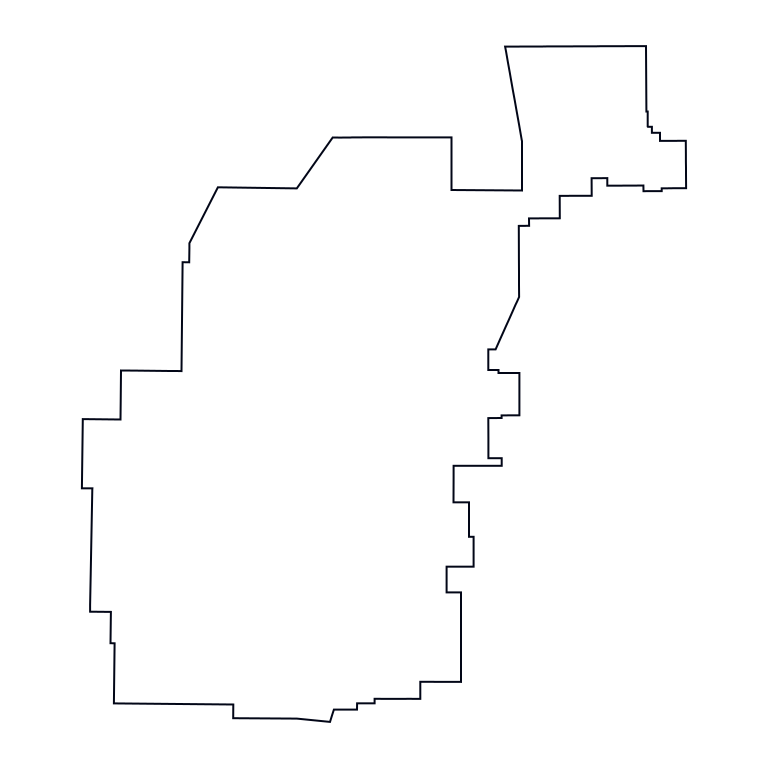 outline of Sandstone, Western Australia, Australia, rotated 180°
{"feature_id": "25037944B59235958721533", "entity_name": "Sandstone", "entity_type": "district", "adm_level": 2, "iso_a3": "AUS", "parent_name": "Australia", "parent_adm1": "Western Australia", "projection": "albers", "projection_center": [118.667, -28.422], "detail": "fine", "context": "isolated", "style": "outline", "palette": "ink", "viewbox_px": 768, "rotation_deg": 180, "n_neighbors": 0, "source": "geoboundaries", "source_scale": "gbopen_adm2", "svg_char_len": 2939}
<svg xmlns="http://www.w3.org/2000/svg" viewBox="0 0 768 768"><g transform="rotate(180 384 384)"><path d="M294.4,201.3L294.4,231.2L299.0,231.2L299.0,265.7L304.9,265.7L314.5,265.7L314.4,290.7L314.4,302.2L266.3,302.2L266.3,309.8L279.6,309.8L279.6,319.1L279.6,327.7L279.6,330.2L279.7,349.9L266.4,350.0L266.4,352.6L248.6,352.7L248.6,360.6L248.6,395.0L269.5,395.0L269.5,398.0L279.7,398.0L279.7,418.6L272.4,418.6L269.6,424.9L268.5,427.4L264.1,437.2L262.1,441.7L259.0,448.5L255.0,457.5L252.5,463.2L250.9,466.5L248.9,471.0L249.0,483.4L249.0,495.8L249.1,511.8L249.1,514.3L249.2,542.1L238.9,542.2L239.0,549.6L208.2,549.7L208.3,572.1L203.5,572.1L196.8,572.2L186.5,572.2L176.3,572.2L176.4,589.8L168.2,589.8L160.7,589.9L160.7,582.3L152.5,582.3L142.2,582.4L134.0,582.4L124.6,582.5L124.5,576.8L118.2,576.9L117.4,576.9L111.8,576.9L106.3,576.9L106.3,579.7L100.0,579.7L93.6,579.8L88.1,579.8L81.9,579.8L82.0,594.2L82.0,600.4L82.1,606.6L82.1,613.7L82.2,627.2L108.0,627.1L108.0,635.2L116.1,635.2L116.1,641.2L120.1,641.2L120.3,641.4L120.3,643.5L120.3,647.6L120.3,649.6L120.3,653.8L120.3,656.5L121.6,656.5L122.0,721.9L125.8,721.9L128.3,721.9L130.8,721.9L134.5,721.9L138.3,721.9L140.8,721.9L144.6,721.8L147.1,721.8L152.1,721.8L155.9,721.8L158.4,721.8L162.2,721.8L164.7,721.8L167.2,721.8L171.0,721.7L173.5,721.7L177.2,721.7L179.8,721.7L183.5,721.7L186.0,721.7L189.8,721.7L192.3,721.7L196.1,721.6L199.9,721.6L202.4,721.6L206.1,721.6L208.7,721.6L213.7,721.6L217.5,721.6L220.0,721.6L225.0,721.5L230.1,721.5L235.1,721.5L240.2,721.5L245.2,721.5L250.3,721.4L254.0,721.4L259.1,721.4L262.9,721.4L261.9,716.2L260.0,705.2L258.2,695.3L257.2,689.5L255.1,677.6L253.3,667.9L251.6,658.2L248.8,642.6L246.3,628.2L246.0,626.9L246.0,601.0L246.0,594.0L246.0,583.4L246.0,577.5L259.8,577.6L316.5,578.0L316.5,612.3L316.5,630.6L319.9,630.6L325.7,630.6L328.1,630.6L330.4,630.6L333.8,630.6L336.2,630.6L337.3,630.6L339.6,630.6L341.9,630.6L345.4,630.6L351.2,630.6L354.7,630.6L357.0,630.6L361.6,630.6L362.8,630.6L365.1,630.6L367.4,630.6L370.9,630.6L375.5,630.6L380.1,630.6L382.5,630.7L387.1,630.7L392.9,630.7L400.1,630.7L405.0,630.7L406.2,630.6L408.6,630.6L413.5,630.6L416.0,630.6L417.2,630.5L418.4,630.5L423.3,630.5L427.0,630.4L435.3,630.5L471.2,579.6L550.1,580.7L578.6,524.8L578.6,519.6L578.8,505.7L585.4,505.8L586.5,396.9L591.5,397.0L597.9,397.0L632.9,397.4L647.0,397.5L647.0,396.8L647.3,366.3L647.5,348.5L685.2,348.9L686.1,279.7L685.9,279.7L681.8,279.7L679.7,279.7L675.6,279.7L675.7,278.5L677.3,193.4L677.9,163.0L677.9,156.3L657.1,156.1L657.5,124.8L653.4,124.7L654.1,64.6L534.7,63.5L534.8,49.8L471.2,49.4L438.0,46.1L435.6,53.8L434.1,58.4L411.0,58.4L410.9,64.7L393.4,64.7L393.4,66.7L393.4,68.6L393.4,69.2L391.3,69.2L379.6,69.1L368.6,69.1L367.4,69.1L366.2,69.1L363.0,69.1L360.8,69.2L357.4,69.2L354.0,69.1L348.3,69.1L347.7,69.1L347.7,86.2L307.0,86.1L307.0,99.7L307.0,105.9L307.0,136.1L307.0,175.6L321.4,175.6L321.4,201.3L294.4,201.3Z" fill="none" stroke="#020617" stroke-width="2"/></g></svg>